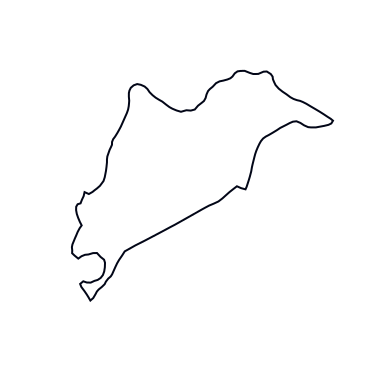 outline of Changamwe, Coast, Kenya, rotated 114°
{"feature_id": "3690345B29698096186163", "entity_name": "Changamwe", "entity_type": "district", "adm_level": 2, "iso_a3": "KEN", "parent_name": "Kenya", "parent_adm1": "Coast", "projection": "natural_earth1", "projection_center": [39.602, -4.018], "detail": "fine", "context": "isolated", "style": "outline", "palette": "ink", "viewbox_px": 384, "rotation_deg": 114, "n_neighbors": 0, "source": "geoboundaries", "source_scale": "gbopen_adm2", "svg_char_len": 2637}
<svg xmlns="http://www.w3.org/2000/svg" viewBox="0 0 384 384"><g transform="rotate(114 192 192)"><path d="M332.5,240.7L329.1,239.1L324.8,238.6L321.6,238.4L319.0,237.6L315.5,235.8L311.8,234.3L308.9,234.2L305.2,233.3L302.2,231.9L299.7,231.5L295.4,231.5L291.7,231.5L287.6,231.4L283.8,231.0L278.4,230.0L273.6,229.3L263.8,222.0L255.6,215.3L242.4,204.9L232.1,196.9L229.1,194.5L216.6,185.2L204.0,175.9L201.1,173.7L197.4,170.8L193.8,167.4L189.9,164.0L185.5,161.6L181.0,159.6L177.0,157.8L172.2,155.3L168.5,153.3L168.5,148.7L167.8,144.2L165.0,144.2L162.2,144.5L158.4,144.9L154.5,145.4L149.0,146.3L145.1,147.3L142.1,147.9L138.7,148.5L134.7,149.2L131.6,149.7L128.3,150.0L124.6,150.1L120.6,150.0L117.5,149.7L114.2,148.8L111.3,147.1L108.8,145.1L105.2,142.5L101.0,139.6L97.5,137.4L94.2,134.7L92.0,132.9L89.3,130.8L86.7,128.4L84.9,125.3L84.8,121.1L85.5,116.7L85.5,112.3L84.5,109.3L82.6,105.1L80.0,101.3L77.8,98.1L75.1,94.6L72.7,92.6L69.5,92.2L68.7,95.1L68.2,98.6L67.4,103.3L66.7,108.0L66.1,113.1L65.5,118.5L64.9,123.4L64.7,127.4L64.8,130.4L65.4,133.4L65.7,137.1L65.4,140.7L64.3,145.5L63.5,150.1L62.3,154.8L60.3,159.2L58.1,161.8L56.1,163.9L53.8,165.3L52.2,168.0L51.5,172.7L53.0,175.6L57.2,179.5L59.3,184.0L59.7,187.7L59.9,193.1L61.5,196.6L63.3,199.5L66.2,201.2L70.1,202.0L72.5,203.2L74.8,205.4L77.5,208.7L79.7,211.8L82.8,214.3L87.4,215.9L90.8,217.6L93.3,218.4L97.0,218.4L100.6,217.8L104.0,218.1L106.6,219.4L110.7,221.6L115.5,223.0L118.1,226.2L119.6,230.4L123.2,234.7L123.8,239.3L123.9,243.8L123.6,247.2L122.8,250.8L121.5,255.9L121.1,260.0L120.6,263.6L119.6,267.4L118.1,271.3L116.0,274.7L114.9,278.2L114.9,282.4L115.7,286.0L118.3,288.7L121.7,290.3L124.8,290.4L127.3,289.9L130.7,288.4L134.1,286.5L136.6,285.6L139.3,284.7L142.7,283.9L146.4,283.6L149.4,283.6L152.7,283.6L156.6,283.6L161.2,283.6L165.3,283.9L168.5,284.2L172.8,284.8L175.8,285.5L178.8,285.4L181.4,284.3L184.0,284.3L186.9,284.4L190.5,284.1L194.0,283.8L196.9,282.9L199.6,281.7L203.9,280.3L207.6,279.2L211.0,278.4L214.1,277.7L218.0,277.3L223.8,278.6L227.5,280.3L230.0,281.7L232.4,282.9L235.8,285.4L235.8,290.1L239.9,289.3L243.9,289.4L247.7,289.2L249.7,291.5L252.6,291.8L255.7,290.5L258.9,288.3L261.8,285.6L264.8,282.4L267.4,279.2L270.8,279.9L275.0,280.2L278.9,280.1L282.1,280.1L284.9,280.0L288.5,279.9L291.2,279.3L294.0,277.7L296.7,276.6L297.8,273.5L299.1,268.8L295.6,266.8L292.9,264.2L291.2,261.2L288.1,257.6L286.4,254.0L288.5,249.1L289.6,244.8L292.0,242.7L296.2,241.0L300.2,239.9L304.1,239.6L307.7,240.5L310.7,242.4L312.9,245.0L316.0,247.7L317.5,251.4L317.8,255.0L321.5,256.8L323.8,254.4L326.3,249.9L328.4,246.5L330.3,243.7L332.5,240.7Z" fill="none" stroke="#020617" stroke-width="2"/></g></svg>